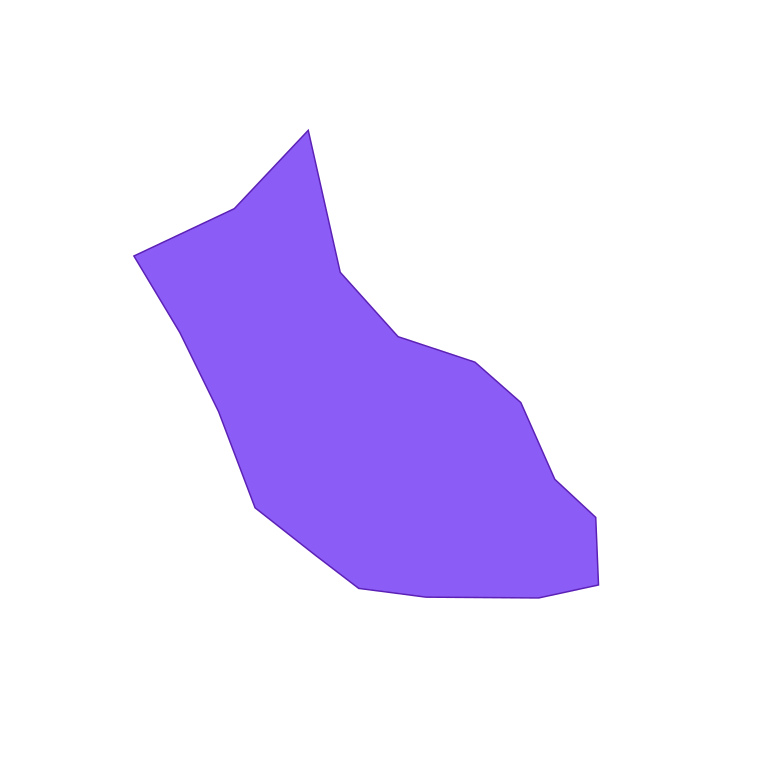 Apliki, Nicosia, Cyprus, rotated 296°
{"feature_id": "46923920B32848229557402", "entity_name": "Apliki", "entity_type": "district", "adm_level": 2, "iso_a3": "CYP", "parent_name": "Cyprus", "parent_adm1": "Nicosia", "projection": "robinson", "projection_center": [33.116, 34.918], "detail": "fine", "context": "isolated", "style": "filled", "palette": "violet", "viewbox_px": 768, "rotation_deg": 296, "n_neighbors": 0, "source": "geoboundaries", "source_scale": "gbopen_adm2", "svg_char_len": 387}
<svg xmlns="http://www.w3.org/2000/svg" viewBox="0 0 768 768"><g transform="rotate(296 384 384)"><path d="M578.8,204.7L476.0,172.6L389.4,103.1L340.7,178.0L286.6,247.5L216.2,322.4L200.0,397.4L189.2,450.9L210.8,515.1L259.5,616.8L297.4,664.9L356.9,632.8L373.2,579.3L427.3,515.1L443.5,456.2L432.7,375.9L465.2,295.7L578.8,204.7Z" fill="#8b5cf6" stroke="#5b21b6" stroke-width="1.5"/></g></svg>